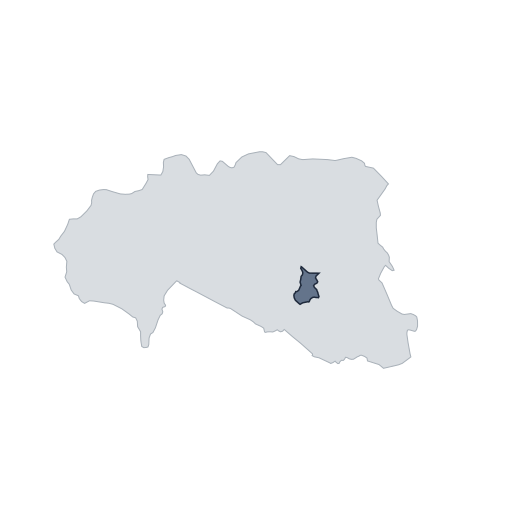 location of Kouritenga within Burkina Faso, rotated 28°
{"feature_id": "BFA-2829", "entity_name": "Kouritenga", "entity_type": "Province", "adm_level": 1, "iso_a3": "BFA", "parent_name": "Burkina Faso", "parent_adm1": "", "projection": "albers", "projection_center": [-0.3, 12.177], "detail": "fine", "context": "in_parent", "style": "filled", "palette": "slate", "viewbox_px": 512, "rotation_deg": 28, "n_neighbors": 0, "source": "natural_earth", "source_scale": "10m", "svg_char_len": 3887}
<svg xmlns="http://www.w3.org/2000/svg" viewBox="0 0 512 512"><g transform="rotate(28 256 256)"><path d="M371.3,315.7L359.3,316.3L354.9,317.6L352.3,317.6L352.2,316.5L351.9,315.9L336.8,312.2L326.2,310.1L315.4,307.6L314.8,309.9L313.3,311.4L311.0,311.5L309.4,311.1L308.3,312.9L306.5,315.2L304.0,316.3L301.6,317.7L300.2,319.0L299.2,319.0L296.7,316.1L293.5,315.8L287.4,316.2L284.6,315.4L280.9,315.0L272.0,315.6L257.9,314.3L255.6,315.0L255.0,315.5L241.0,315.6L225.5,315.6L212.6,315.7L201.4,315.7L201.3,315.2L197.7,315.1L197.3,316.1L194.0,327.8L193.6,334.3L195.2,338.3L197.1,340.8L199.3,341.9L199.5,343.3L197.7,345.2L197.9,347.1L199.9,349.0L200.3,351.1L199.3,353.3L199.5,358.4L200.9,366.7L200.9,372.0L199.5,374.4L200.1,378.6L202.9,384.5L203.3,387.0L202.3,388.1L200.0,389.6L197.6,389.5L194.9,386.0L193.8,384.4L191.6,380.7L189.7,377.1L187.2,375.5L184.7,374.0L181.8,369.3L178.8,367.1L175.8,367.7L171.2,366.8L162.2,365.6L152.4,365.8L148.3,366.8L144.3,368.4L134.0,371.9L130.0,373.7L126.9,378.3L123.4,378.1L120.0,376.6L117.9,374.5L113.2,374.9L108.8,372.8L104.5,368.7L101.3,367.3L97.3,364.3L96.3,358.8L93.8,354.9L91.5,349.5L88.0,347.0L84.0,345.7L78.4,345.8L74.7,343.6L71.9,340.4L72.7,337.7L74.1,333.8L74.3,330.1L75.3,324.1L74.9,316.5L74.0,311.2L77.1,309.1L80.7,307.2L83.0,303.6L85.5,295.6L86.6,288.7L85.9,286.1L84.7,284.1L83.9,281.0L83.4,277.4L84.1,274.2L86.8,271.3L90.2,268.9L92.7,267.7L99.0,266.6L107.0,264.9L111.6,262.9L115.0,260.9L116.9,259.3L118.8,255.9L121.9,253.3L124.3,250.7L124.8,243.4L124.8,239.2L123.1,236.8L122.2,234.8L134.0,229.2L134.1,225.2L132.5,220.6L130.3,216.9L129.5,213.8L132.8,210.1L135.7,207.4L137.8,205.0L142.5,201.5L147.3,200.6L151.6,202.0L164.3,210.7L166.5,211.2L169.2,210.6L172.6,208.4L177.0,206.7L178.6,201.1L178.6,192.7L179.6,188.9L181.9,188.2L189.3,189.9L191.2,190.0L193.3,189.5L194.9,188.0L194.9,185.3L194.5,182.9L197.0,175.2L201.4,169.4L210.3,162.2L213.1,160.8L216.3,160.0L232.1,165.2L234.7,163.9L238.6,151.6L242.9,150.4L248.0,150.2L251.4,149.2L253.1,148.3L260.6,143.6L273.9,137.3L281.0,134.6L282.4,133.5L287.6,129.0L294.3,123.8L298.6,122.8L304.6,122.4L308.3,123.2L309.4,124.7L310.6,125.5L318.4,123.3L329.5,126.8L339.1,130.2L338.5,132.4L338.5,136.3L337.7,142.5L336.7,149.9L340.7,154.6L345.5,159.7L346.8,161.7L345.5,166.8L346.4,169.8L349.0,174.7L353.3,180.9L357.7,187.4L360.8,188.2L363.7,188.7L365.4,189.9L368.0,191.0L370.6,191.7L372.8,193.1L374.3,194.5L376.2,198.5L381.2,201.1L384.6,203.7L383.2,205.0L378.9,204.5L374.8,203.4L374.3,205.3L374.2,212.6L374.8,218.7L375.8,219.5L379.9,220.6L389.7,228.4L398.7,235.8L401.6,237.8L406.6,238.5L412.1,238.7L414.4,238.0L419.7,234.2L422.5,233.8L425.1,233.9L426.6,234.4L429.1,237.5L431.6,242.1L432.3,245.5L432.1,247.4L431.3,248.1L426.9,249.0L425.0,249.7L424.6,250.7L425.3,253.0L426.1,254.5L431.0,261.2L438.0,270.1L440.1,272.4L438.9,275.1L435.5,282.2L432.9,285.2L421.3,295.3L415.6,294.1L403.7,296.3L401.9,294.0L399.1,293.7L395.6,294.1L394.4,295.0L394.0,296.0L392.8,297.4L390.6,301.3L388.9,302.4L386.7,303.0L384.1,302.9L382.6,303.4L382.6,305.4L382.2,307.1L380.4,308.0L379.7,309.9L379.8,311.8L378.8,312.6L376.5,312.2L375.2,311.7L373.9,314.1L372.4,315.8L371.3,315.7Z" fill="#d9dde1" stroke="#a8b0b8" stroke-width="1"/><path d="M307.8,268.8L308.2,268.7L309.1,267.8L309.8,266.0L309.4,261.5L309.7,260.9L307.2,258.4L306.9,257.4L306.6,256.0L305.4,252.8L305.8,251.0L305.6,249.8L304.9,248.4L303.3,247.1L301.3,245.9L301.0,244.5L300.9,244.2L301.4,244.2L309.1,246.1L311.3,246.0L319.7,241.6L318.4,245.6L318.9,247.5L320.8,248.5L322.6,249.8L322.5,251.4L321.1,253.3L320.8,255.2L322.3,256.3L325.4,257.2L326.1,258.0L327.6,259.1L328.6,260.3L330.6,262.2L330.7,263.5L329.7,263.8L328.4,264.5L326.9,264.9L325.5,265.9L324.4,267.9L324.2,269.6L324.4,271.0L324.2,271.8L323.3,272.0L319.2,275.4L317.6,278.0L316.4,277.8L311.6,276.6L309.4,275.0L308.0,273.1L307.5,271.6L307.9,270.5L307.9,269.2L307.8,268.8Z" fill="#64748b" stroke="#1e293b" stroke-width="1.5"/></g></svg>